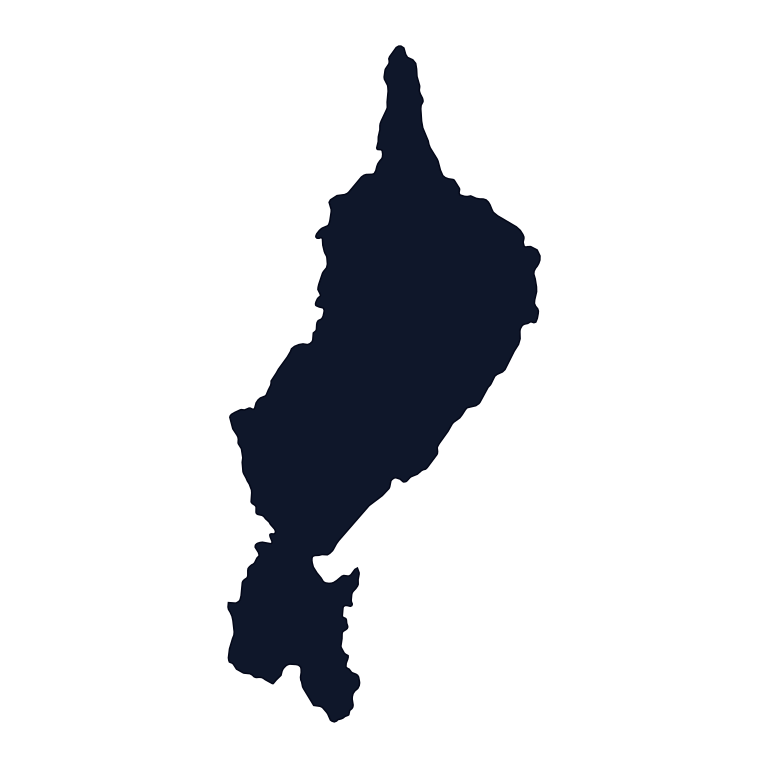 the Province of Lampang
{"feature_id": "THA-391", "entity_name": "Lampang", "entity_type": "Province", "adm_level": 1, "iso_a3": "THA", "parent_name": "Thailand", "parent_adm1": "", "projection": "albers", "projection_center": [99.463, 18.356], "detail": "fine", "context": "isolated", "style": "filled", "palette": "ink", "viewbox_px": 768, "rotation_deg": 0, "n_neighbors": 0, "source": "natural_earth", "source_scale": "10m", "svg_char_len": 6103}
<svg xmlns="http://www.w3.org/2000/svg" viewBox="0 0 768 768"><path d="M416.6,69.0L417.0,76.4L419.6,85.6L419.7,86.8L419.3,90.1L419.6,91.9L420.4,94.1L422.5,98.2L423.0,100.3L423.0,101.7L421.1,105.3L420.8,108.9L421.6,121.1L422.8,127.9L428.2,140.9L428.9,144.4L430.2,147.8L437.1,159.0L438.0,161.0L440.4,170.1L442.8,175.6L445.2,177.6L448.4,178.8L453.1,179.5L454.2,180.1L459.4,188.4L459.6,189.5L459.1,192.6L459.3,193.5L459.9,194.8L460.6,195.1L464.4,196.3L466.2,196.5L467.7,196.5L470.7,195.9L476.1,198.3L479.4,198.9L483.3,199.0L486.1,199.9L488.4,202.1L490.1,205.0L491.7,209.0L493.0,211.8L493.7,212.6L497.6,215.8L516.3,226.8L520.3,230.4L522.9,234.5L523.9,237.0L523.9,238.6L523.2,241.9L523.3,243.0L524.1,246.1L524.8,246.7L525.8,247.1L527.5,246.7L530.7,246.6L537.2,250.0L540.0,255.9L539.9,260.1L538.8,263.3L537.3,266.0L535.5,268.3L534.1,271.1L533.8,274.0L535.2,278.8L536.5,286.9L536.6,291.7L534.7,299.9L534.4,303.4L535.6,306.2L537.7,308.8L538.4,311.1L538.2,313.6L537.3,318.4L535.8,322.1L533.9,322.7L531.2,321.8L530.3,321.9L527.8,323.4L524.6,324.1L523.3,324.7L522.1,325.7L520.7,328.1L520.1,329.7L519.9,331.7L520.1,338.8L518.5,344.4L514.2,351.2L505.0,369.5L502.5,371.9L497.0,374.4L494.8,376.2L491.0,383.9L490.2,385.1L488.1,387.3L480.0,402.2L478.9,403.6L475.8,405.7L467.2,407.7L465.5,409.5L462.1,414.8L459.8,417.8L453.6,422.3L452.2,423.9L448.0,431.3L439.2,443.6L437.9,445.9L437.2,447.6L437.6,451.5L437.4,453.5L436.9,454.6L427.2,467.6L425.6,469.1L423.0,469.8L421.5,470.6L417.3,474.2L411.3,476.6L410.0,477.5L407.0,480.8L405.9,481.6L403.8,482.0L402.9,481.6L400.1,479.1L396.1,477.8L394.9,477.8L393.6,478.3L391.8,479.7L390.9,480.9L389.7,486.9L389.0,488.5L382.3,495.6L369.1,505.6L338.7,540.6L336.4,543.8L333.3,549.5L332.5,550.7L329.8,553.3L327.4,554.8L322.0,554.5L318.9,555.3L314.9,555.5L313.2,556.1L312.4,556.9L312.0,558.0L311.9,560.4L312.2,562.8L313.3,567.0L316.9,572.8L321.1,578.0L323.1,581.3L323.7,581.9L325.5,582.9L328.9,583.4L331.5,583.2L333.5,582.6L336.8,580.5L341.9,576.2L343.8,575.5L348.3,576.1L349.6,575.7L351.0,574.7L354.9,569.4L357.4,568.0L359.1,572.7L359.1,574.2L358.1,579.7L358.2,584.3L357.6,585.9L355.8,588.5L353.0,591.5L352.2,592.8L351.7,594.6L351.2,600.2L351.4,601.8L352.2,603.7L352.2,604.7L351.7,605.7L350.4,606.3L347.0,605.5L345.0,605.5L343.4,606.6L343.0,607.8L342.3,616.1L342.7,616.9L343.4,617.5L345.3,618.3L346.0,618.9L346.4,619.9L346.7,623.2L347.7,626.2L347.7,627.3L347.2,628.5L345.8,629.7L342.9,631.5L342.4,632.5L342.1,633.7L342.0,638.7L340.9,646.1L341.2,647.5L344.1,652.9L345.5,654.2L348.1,655.6L348.2,657.1L347.7,659.2L346.2,663.2L345.9,666.8L347.2,668.2L349.1,669.1L351.3,672.0L352.1,672.7L356.0,674.2L357.6,675.3L358.6,677.0L359.4,681.2L359.6,682.9L359.2,685.6L357.8,688.4L354.8,691.0L353.1,693.5L352.3,696.7L352.2,699.2L353.1,704.9L353.0,706.1L352.7,707.3L351.9,708.6L349.7,710.5L348.8,714.7L348.0,715.3L345.1,716.4L342.9,718.1L341.0,718.9L337.8,719.7L336.6,721.0L334.3,721.9L331.9,721.1L330.4,720.0L327.8,714.1L326.7,712.4L322.4,707.4L320.2,706.3L313.7,705.4L303.5,688.6L302.6,686.8L301.6,681.8L300.8,680.0L300.5,677.2L301.2,672.4L301.1,668.8L300.5,666.8L298.5,665.1L296.1,664.5L289.7,664.1L287.7,664.7L286.0,665.7L284.0,667.7L282.9,669.2L282.0,671.2L281.0,675.3L276.2,680.0L273.2,683.6L272.4,683.6L265.3,679.7L263.2,678.2L261.3,677.4L258.9,677.3L256.5,677.5L255.3,677.3L254.0,676.7L252.4,675.1L250.0,673.7L243.9,673.1L242.9,672.7L236.5,669.1L233.3,664.1L232.3,663.2L229.4,662.0L228.8,660.4L228.4,657.8L229.5,648.8L232.6,638.4L233.9,635.2L234.2,631.9L232.9,620.4L232.0,616.2L230.2,612.2L228.5,609.4L228.0,607.0L228.4,602.6L235.4,603.1L236.4,602.9L238.9,601.4L240.1,599.7L241.1,595.7L242.3,582.7L242.8,581.3L244.3,579.7L246.7,578.1L247.4,577.1L247.8,575.6L247.8,570.3L248.1,568.5L249.5,566.7L251.5,565.0L253.3,564.1L254.6,562.8L256.9,558.1L258.8,556.1L259.2,555.2L258.4,552.4L255.2,547.3L255.2,546.2L255.5,545.0L256.7,543.8L257.8,543.2L260.1,542.5L262.4,542.2L270.2,543.6L271.2,543.6L271.9,542.9L272.1,541.8L270.1,536.7L269.8,534.9L270.3,534.1L271.5,533.8L273.7,534.0L274.6,533.6L275.2,532.8L275.5,531.7L275.0,530.0L274.4,528.9L270.5,524.5L269.1,522.0L265.6,518.8L263.8,516.5L262.2,515.4L257.8,514.4L256.9,513.9L256.3,513.2L256.0,512.2L256.1,507.5L255.9,506.4L254.7,505.1L252.2,503.5L251.1,501.9L251.7,492.8L251.5,490.0L249.3,484.1L247.3,480.9L246.1,478.1L243.7,473.7L243.0,471.8L242.2,462.3L242.8,457.7L241.4,448.7L238.3,443.7L238.1,442.7L238.3,439.2L237.9,437.0L237.0,435.2L232.8,428.8L229.8,417.3L230.2,415.9L231.4,414.4L235.0,412.3L240.2,409.9L241.3,409.6L244.5,410.0L249.0,408.1L250.2,408.1L253.0,409.4L253.9,409.1L254.7,408.1L256.1,402.9L258.1,399.9L260.3,398.0L265.5,395.9L266.4,394.6L268.4,389.8L270.7,385.3L271.1,383.1L271.1,381.0L276.2,373.2L278.5,369.1L287.3,357.0L290.4,351.7L291.5,348.8L294.5,346.4L298.9,344.6L303.0,343.9L307.5,344.6L309.9,343.7L312.2,341.6L312.8,339.6L313.3,333.0L315.8,330.9L316.4,329.5L316.7,324.4L317.1,322.4L318.2,320.6L321.5,319.0L322.3,317.8L323.1,316.2L323.9,312.6L324.2,310.6L323.6,308.5L322.7,307.8L319.2,307.0L316.4,305.8L315.7,305.2L315.5,303.9L315.9,302.1L317.3,299.0L318.4,297.6L320.2,296.2L320.5,295.2L319.9,293.5L317.9,289.5L318.1,287.3L318.8,284.3L322.5,273.2L323.5,271.5L326.6,267.7L327.4,264.1L326.9,257.6L326.5,256.0L325.1,253.5L324.3,251.5L322.8,245.2L322.4,238.7L321.6,237.8L320.9,237.6L319.0,238.3L317.0,238.2L315.8,236.9L316.0,235.5L316.8,233.7L319.3,230.5L320.8,229.1L322.2,228.1L327.6,225.8L328.3,225.2L329.2,223.3L329.9,220.6L331.2,211.7L331.2,209.5L329.1,202.3L330.5,199.8L337.0,195.6L344.6,194.6L347.3,193.4L348.7,192.2L361.4,177.0L364.0,175.2L366.2,174.5L372.1,174.3L374.1,173.7L375.8,170.7L376.9,166.3L377.9,163.7L379.7,161.0L381.8,158.6L382.4,157.1L382.7,154.1L382.2,150.9L381.7,150.1L380.9,149.7L377.7,149.5L377.0,149.0L376.7,147.9L378.2,141.7L378.3,136.9L379.9,129.7L379.9,125.7L380.2,123.7L381.2,121.0L386.8,109.1L387.3,107.4L387.1,102.1L388.1,91.2L387.9,87.6L387.6,85.4L384.4,79.2L384.1,77.0L385.1,70.0L385.5,68.9L388.7,64.1L389.1,63.1L389.2,61.0L388.8,58.8L389.6,56.7L396.2,47.5L398.7,46.1L401.0,46.1L403.9,48.0L405.7,54.4L407.5,57.4L412.8,59.8L415.7,63.4L416.6,69.0Z" fill="#0f172a" stroke="#020617" stroke-width="1.5"/></svg>